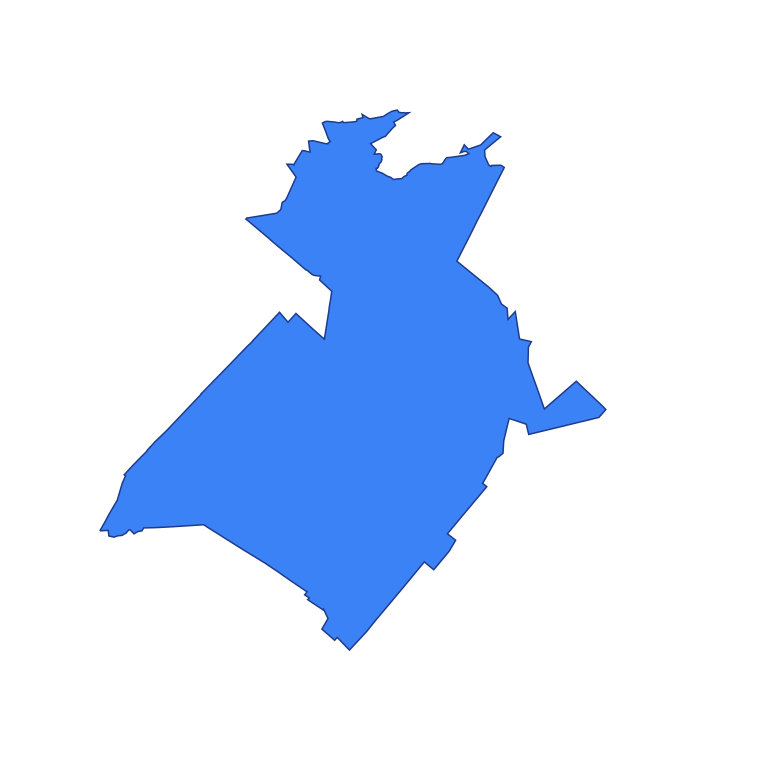 the district of Matamoros, Coahuila, Mexico, rotated 31°
{"feature_id": "50627088B53869778509823", "entity_name": "Matamoros", "entity_type": "district", "adm_level": 2, "iso_a3": "MEX", "parent_name": "Mexico", "parent_adm1": "Coahuila", "projection": "mercator", "projection_center": [-103.27, 25.574], "detail": "fine", "context": "isolated", "style": "filled", "palette": "blue", "viewbox_px": 768, "rotation_deg": 31, "n_neighbors": 0, "source": "geoboundaries", "source_scale": "gbopen_adm2", "svg_char_len": 4826}
<svg xmlns="http://www.w3.org/2000/svg" viewBox="0 0 768 768"><g transform="rotate(31 384 384)"><path d="M210.7,603.7L215.2,621.0L215.4,638.5L215.7,642.4L216.1,655.7L216.7,655.8L217.7,655.1L221.6,652.5L223.0,651.5L226.5,656.0L231.5,654.3L234.1,651.2L236.0,649.7L236.9,649.2L237.8,648.1L238.5,646.6L239.5,645.1L240.3,641.5L240.4,640.5L241.6,639.8L246.9,641.2L249.1,637.1L252.1,634.7L252.2,631.1L257.1,628.0L262.6,624.5L276.5,615.1L302.1,597.4L306.1,597.7L321.8,598.0L324.8,598.1L342.9,598.5L344.5,598.5L347.0,598.6L374.5,598.8L379.2,599.1L379.7,599.1L390.1,599.6L397.7,600.2L412.2,601.1L425.1,601.8L424.5,605.6L430.2,605.9L429.6,608.1L434.9,608.4L448.2,609.0L448.2,608.1L448.9,608.6L456.8,613.9L457.0,626.1L473.7,629.1L474.5,625.3L491.4,629.9L496.6,605.3L497.2,600.7L498.6,590.5L499.0,588.2L499.9,582.4L500.9,576.2L502.8,564.3L502.9,563.3L503.0,562.7L504.9,550.7L506.5,540.3L508.3,528.3L510.2,515.7L522.3,517.6L522.9,513.9L524.2,505.3L525.2,499.1L526.0,493.5L525.9,481.0L515.5,479.7L519.3,455.1L525.0,419.1L519.8,418.4L518.8,388.5L519.7,387.6L521.7,382.1L515.9,371.0L510.4,353.6L509.0,349.1L526.6,345.2L534.0,352.7L541.7,345.1L585.4,302.0L587.0,293.6L587.3,291.6L581.6,290.1L575.5,288.8L547.4,282.6L534.3,322.8L517.9,309.2L503.1,297.1L496.5,291.6L488.8,278.0L488.5,271.8L477.0,275.6L459.2,254.3L457.0,264.7L450.5,255.6L443.6,255.0L439.7,252.3L435.7,249.5L423.6,247.0L413.1,245.5L383.2,241.2L380.8,207.5L379.8,195.7L379.3,187.0L376.6,150.7L375.8,139.3L375.6,136.5L372.3,136.2L370.8,136.7L363.6,141.3L363.7,142.4L361.0,142.3L358.4,140.5L356.5,139.2L354.7,137.9L354.2,137.6L353.6,137.2L353.4,136.9L352.8,136.0L349.7,131.6L351.8,125.7L353.1,122.0L354.9,116.9L356.7,112.0L353.6,112.1L348.2,112.4L345.4,122.9L343.8,129.3L341.2,132.4L339.8,134.0L336.6,137.9L335.4,139.3L329.6,137.6L330.4,146.5L331.4,145.2L332.4,144.0L333.3,143.2L334.9,142.2L338.1,142.9L337.3,144.0L335.2,146.6L323.9,155.8L321.4,157.5L320.8,159.0L320.6,165.0L319.4,166.5L313.9,169.4L311.0,170.9L310.2,171.0L309.0,171.8L302.6,175.9L300.8,178.0L296.7,186.8L296.6,188.2L295.3,191.4L296.1,193.1L295.3,194.4L294.4,195.7L294.0,196.8L293.7,197.8L293.4,198.9L291.3,200.3L289.3,201.7L286.9,203.8L283.3,203.4L283.2,203.5L279.8,204.1L273.8,204.2L268.1,205.2L267.5,204.9L267.4,204.7L266.8,204.1L266.2,203.2L267.1,202.4L267.2,202.2L267.3,202.2L267.3,201.9L267.4,201.7L267.4,200.8L267.1,200.1L267.1,199.2L266.5,198.3L266.7,196.8L266.9,196.4L267.0,195.8L267.0,195.7L267.1,195.4L267.1,195.2L267.1,194.9L267.0,194.7L266.8,193.2L266.6,192.7L266.4,192.7L265.8,191.7L265.7,190.8L265.5,190.5L265.2,190.1L264.9,189.8L264.5,189.6L263.9,189.1L263.0,188.7L261.9,188.8L257.2,192.0L257.1,190.9L256.8,187.2L253.2,186.2L248.7,184.9L252.2,179.2L255.4,173.9L257.6,171.0L258.3,167.1L258.5,165.9L259.4,161.3L259.6,160.2L260.7,156.4L257.7,154.7L257.3,154.5L259.4,151.3L261.4,147.3L262.7,144.8L265.7,138.6L262.3,140.9L261.3,141.1L259.6,142.4L256.6,143.4L254.4,142.3L251.3,145.1L251.2,145.6L250.4,146.0L248.3,149.6L245.8,154.7L245.4,155.3L242.2,158.0L239.8,160.1L235.7,163.8L234.2,164.2L229.7,164.2L226.4,164.2L228.8,166.5L224.4,170.9L225.3,172.6L224.2,174.0L220.3,176.9L214.9,180.7L213.7,180.5L213.3,180.2L213.2,180.3L212.0,182.1L211.7,182.4L211.3,182.8L211.0,183.1L210.4,183.5L210.1,183.6L206.5,185.0L201.5,187.4L200.7,187.8L200.0,188.1L199.4,188.6L198.5,189.3L198.4,189.5L198.2,189.7L197.9,190.1L197.7,190.5L197.4,191.0L196.8,192.1L197.0,192.2L203.2,197.0L207.7,200.6L209.2,201.8L210.5,202.8L213.1,203.8L213.0,204.2L212.2,205.6L212.0,205.9L212.0,206.5L212.1,207.0L210.9,207.7L209.6,208.3L204.8,209.8L198.1,211.9L197.2,212.5L195.8,213.5L194.2,214.6L194.6,215.1L197.6,218.9L199.5,221.3L201.2,223.2L199.6,223.9L199.3,224.0L198.9,224.1L196.8,224.7L196.5,224.7L196.3,224.8L193.7,226.0L193.7,242.5L193.8,242.6L192.2,242.9L187.6,245.6L202.1,251.9L204.2,269.5L204.8,274.5L204.8,277.7L203.2,280.7L205.7,287.6L204.0,292.9L180.8,312.5L181.1,313.2L180.7,313.8L183.7,314.2L193.7,315.8L198.7,316.6L209.8,318.4L216.8,319.7L228.8,321.6L235.0,322.5L240.3,323.3L246.5,324.4L253.3,325.6L256.9,326.2L258.6,326.4L258.7,326.0L266.1,327.2L268.4,326.8L274.2,324.2L275.1,328.0L291.4,331.4L294.2,337.9L296.5,343.8L297.3,345.9L299.1,349.8L309.8,376.3L295.1,373.6L272.2,368.9L269.9,380.5L266.7,379.4L263.3,378.3L257.5,376.3L257.1,378.3L250.6,408.1L249.2,414.4L249.2,414.5L249.4,414.5L249.3,414.8L248.4,418.7L248.0,419.7L246.8,424.7L245.7,429.4L244.1,436.2L244.1,436.5L243.5,439.1L243.3,439.9L243.3,440.0L243.2,440.2L243.1,440.8L241.6,447.4L239.7,455.3L236.3,469.6L235.2,474.2L232.3,486.5L232.6,486.6L228.3,505.9L225.6,518.2L223.3,528.5L221.7,535.8L219.9,542.5L217.4,551.7L216.3,557.5L216.2,557.6L215.9,559.0L216.0,559.1L215.8,559.3L215.6,560.5L215.3,561.8L215.3,562.0L215.1,563.2L215.3,563.9L213.8,569.9L211.0,581.5L209.7,587.6L208.1,595.7L209.8,595.9L210.7,603.7Z" fill="#3b82f6" stroke="#1e3a8a" stroke-width="1.5"/></g></svg>